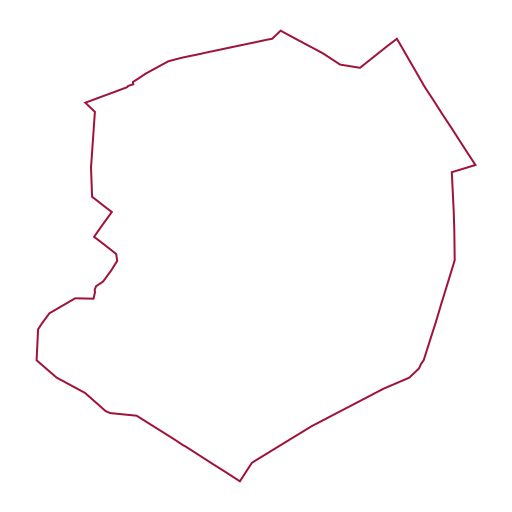 the district of Ķegums, Ogre, Latvia
{"feature_id": "27541924B39135801304013", "entity_name": "Ķegums", "entity_type": "district", "adm_level": 2, "iso_a3": "LVA", "parent_name": "Latvia", "parent_adm1": "Ogre", "projection": "mercator", "projection_center": [24.717, 56.74], "detail": "fine", "context": "isolated", "style": "outline", "palette": "rose", "viewbox_px": 512, "rotation_deg": 0, "n_neighbors": 0, "source": "geoboundaries", "source_scale": "gbopen_adm2", "svg_char_len": 1552}
<svg xmlns="http://www.w3.org/2000/svg" viewBox="0 0 512 512"><path d="M85.3,102.7L94.9,111.9L91.3,163.4L91.0,167.3L92.1,196.8L94.6,198.7L99.5,202.5L100.7,203.5L106.5,208.0L111.8,212.0L102.3,225.1L94.3,236.5L94.1,236.8L105.0,245.2L110.6,249.6L116.2,254.0L117.2,260.9L111.2,270.5L103.0,281.6L96.1,286.2L94.7,289.6L95.0,292.3L93.5,298.7L75.1,298.3L49.4,313.3L41.8,323.6L38.1,329.3L37.1,349.6L36.6,360.3L52.1,373.7L56.6,377.6L70.3,385.0L85.0,392.9L105.6,411.1L110.3,413.1L136.6,415.7L174.8,439.7L183.5,445.5L184.9,446.1L215.3,465.6L224.7,471.5L232.0,476.2L239.9,481.3L245.0,473.4L250.8,464.5L251.9,462.8L256.5,459.9L311.6,426.2L383.3,388.8L409.4,377.6L410.8,376.2L415.9,371.4L418.0,369.4L418.9,368.5L420.6,364.9L420.9,364.1L423.7,360.2L432.3,333.1L434.1,327.6L435.9,322.0L436.4,320.2L438.9,311.9L439.0,311.3L439.2,310.8L439.4,310.3L440.4,306.8L441.6,302.7L442.9,298.7L444.0,295.1L445.1,291.5L445.2,291.2L445.3,290.9L450.0,275.6L454.7,260.2L454.3,230.1L453.7,211.0L451.8,172.2L475.4,165.0L469.6,156.0L468.8,154.9L450.9,127.1L442.0,113.7L441.0,112.1L434.9,102.5L431.0,96.5L426.5,89.7L424.0,85.7L411.8,64.5L408.3,58.5L400.9,45.6L398.8,42.0L396.9,38.8L387.0,46.3L360.0,67.8L340.1,64.6L323.2,53.5L293.4,37.6L280.6,30.7L272.1,38.8L267.0,39.7L258.7,41.5L240.1,45.4L204.0,53.0L201.4,53.7L197.0,54.6L195.7,54.9L190.5,55.9L185.3,57.0L182.9,57.5L180.5,58.1L179.2,58.4L168.3,61.3L154.5,68.8L145.9,73.5L140.5,77.1L137.8,78.9L132.9,82.0L133.3,84.3L128.2,85.9L127.3,87.0L127.0,87.2L126.1,87.6L124.2,88.3L85.3,102.7Z" fill="none" stroke="#9f1239" stroke-width="2"/></svg>